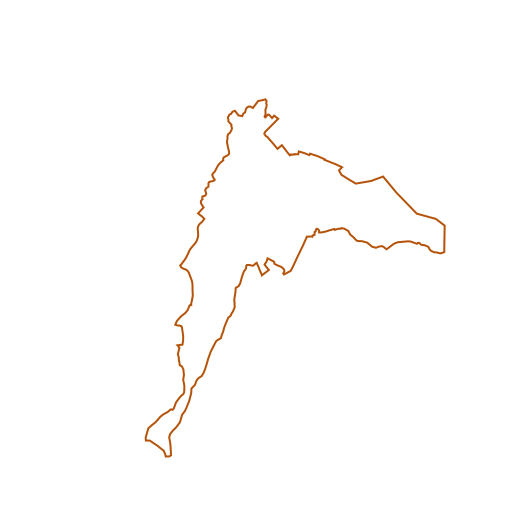 outline of Stei, Bihor, Romania, rotated 63°
{"feature_id": "2599482B13533696934170", "entity_name": "Stei", "entity_type": "district", "adm_level": 2, "iso_a3": "ROU", "parent_name": "Romania", "parent_adm1": "Bihor", "projection": "albers", "projection_center": [22.468, 46.534], "detail": "fine", "context": "isolated", "style": "outline", "palette": "amber", "viewbox_px": 512, "rotation_deg": 63, "n_neighbors": 0, "source": "geoboundaries", "source_scale": "gbopen_adm2", "svg_char_len": 5476}
<svg xmlns="http://www.w3.org/2000/svg" viewBox="0 0 512 512"><g transform="rotate(63 256 256)"><path d="M338.0,86.5L330.6,82.6L326.4,80.4L314.6,74.1L304.6,78.9L291.3,93.5L273.1,99.1L263.4,102.1L242.9,106.7L241.4,119.4L236.8,134.2L230.3,138.3L222.5,143.0L217.4,143.2L216.0,139.0L210.6,143.2L201.4,151.3L201.0,150.9L194.6,156.1L189.4,161.4L190.3,162.7L186.6,165.9L185.8,166.7L182.3,170.4L183.4,171.3L184.5,172.2L184.1,173.0L182.8,175.3L183.1,175.5L182.6,176.5L182.3,176.8L182.3,177.0L182.2,177.6L181.8,178.8L181.4,178.9L181.6,179.5L181.7,180.1L179.7,180.6L176.7,181.2L171.2,182.2L169.0,182.6L170.3,188.2L164.1,189.6L161.2,190.3L158.6,191.0L156.9,191.4L155.1,191.8L153.5,192.8L150.9,193.1L149.7,191.9L143.8,173.9L139.2,176.1L140.4,179.1L136.3,180.1L135.7,180.6L135.5,181.3L136.7,184.8L135.8,185.1L135.2,184.6L134.3,183.3L129.8,181.1L128.4,179.5L126.5,178.0L124.2,177.4L122.7,176.2L120.7,176.5L120.3,178.7L118.9,183.7L122.7,191.6L120.4,193.1L119.4,194.9L119.9,197.3L120.5,198.2L123.1,200.7L123.4,202.7L125.1,204.7L122.8,207.8L117.1,208.8L116.8,211.2L117.0,211.7L117.1,212.3L117.7,213.0L118.1,213.7L117.9,215.2L118.2,215.9L118.8,216.5L119.2,217.5L119.8,218.1L121.9,218.7L123.6,219.5L127.8,218.3L129.2,219.1L131.1,219.3L132.5,220.5L133.9,222.4L134.4,223.2L134.7,224.9L134.9,225.8L135.7,226.4L136.4,227.1L138.5,228.1L139.9,229.3L141.6,230.2L143.4,230.8L148.7,232.2L150.6,232.6L151.9,233.1L152.7,233.6L153.3,234.9L153.4,236.3L153.5,239.9L154.2,241.0L155.9,241.7L156.7,245.3L158.1,248.8L162.0,254.3L163.4,257.9L164.3,258.2L166.3,258.5L167.8,258.4L169.1,258.1L169.8,258.7L169.6,260.6L169.1,262.4L168.8,264.3L169.7,265.4L171.4,266.2L172.6,266.9L172.8,268.1L173.0,269.8L174.4,271.5L176.3,271.7L178.0,272.1L178.8,273.2L179.2,274.2L178.9,275.5L178.6,276.7L180.0,277.6L181.1,277.8L181.4,278.8L182.0,280.1L183.9,281.1L185.7,281.0L187.4,280.8L188.9,280.7L189.3,281.6L189.8,283.0L191.8,288.3L196.6,286.0L199.4,285.2L200.0,286.3L201.1,288.6L201.9,291.7L202.5,293.0L203.2,293.9L204.5,295.1L205.4,295.6L206.8,296.2L209.5,297.3L211.4,298.2L212.7,299.1L214.0,300.3L214.8,301.1L215.6,302.1L216.8,303.9L217.7,305.9L218.1,307.1L219.3,309.8L220.1,311.6L221.6,313.7L222.7,315.0L223.6,316.2L225.0,318.0L226.3,320.0L227.7,322.6L228.5,324.3L229.3,325.7L230.0,327.8L230.9,327.7L231.5,327.9L232.2,327.7L233.3,327.2L234.7,326.1L235.7,325.2L236.6,324.4L237.9,323.8L238.9,323.6L240.0,323.5L241.2,323.6L242.6,323.7L245.5,324.0L248.1,324.3L249.4,324.5L250.8,324.9L252.4,325.5L254.4,326.4L256.9,327.7L259.5,328.9L261.6,329.8L263.4,330.9L265.5,332.5L267.2,333.8L267.9,334.6L269.1,335.4L269.9,335.9L270.3,336.0L269.8,337.5L273.3,341.6L274.7,344.9L275.6,349.7L277.4,354.6L278.3,356.4L280.6,359.1L281.6,358.3L283.1,356.0L284.7,354.3L286.0,354.4L294.2,357.2L298.2,359.3L301.6,361.8L299.9,366.5L301.9,366.1L302.9,365.9L304.9,367.5L308.2,370.3L310.3,370.6L314.6,372.2L317.2,372.9L318.7,373.5L320.8,372.1L324.2,372.2L326.3,373.1L329.1,374.1L331.6,375.9L333.3,377.1L336.3,377.9L339.2,378.8L342.8,380.7L344.7,381.8L346.0,383.4L346.7,386.4L347.8,389.0L349.2,391.9L350.4,394.1L352.3,396.0L354.5,398.5L355.2,400.1L354.0,401.5L354.1,402.5L354.8,404.8L355.0,407.6L355.1,411.2L356.0,414.8L357.2,417.5L358.6,421.4L359.5,425.9L360.6,430.1L364.0,433.3L367.8,436.8L370.4,437.9L372.3,434.4L377.0,431.8L380.8,429.7L385.8,427.5L387.5,426.6L391.3,426.9L393.7,427.4L395.2,424.3L395.0,422.2L388.3,419.2L383.9,417.4L378.2,415.7L375.8,413.6L373.9,409.6L372.5,405.2L370.8,401.6L369.7,399.4L367.2,397.0L363.9,393.9L361.8,389.6L359.6,386.8L357.3,384.2L354.9,381.4L352.1,378.9L348.5,375.8L344.8,373.7L343.1,368.9L340.1,365.7L338.7,362.8L338.3,358.9L336.3,355.7L332.9,351.9L329.6,348.7L326.0,345.4L320.8,339.9L314.7,331.5L313.7,330.0L313.5,328.5L313.4,326.3L313.2,324.3L312.3,323.8L311.4,322.9L310.2,321.6L308.3,319.4L306.0,317.5L304.7,316.1L303.1,314.4L301.6,312.6L298.3,308.6L297.9,306.5L297.4,305.2L296.3,304.2L295.0,301.7L293.0,299.5L292.2,298.4L290.2,297.4L289.1,297.0L287.6,296.1L285.6,295.5L284.2,294.6L278.7,290.6L276.2,289.2L275.2,288.4L275.1,286.5L274.9,285.0L274.1,284.0L273.4,282.7L272.1,281.5L270.4,280.0L268.4,278.2L266.6,276.3L264.5,274.1L263.8,272.8L263.0,271.1L262.3,270.3L260.3,269.1L259.9,268.2L260.1,267.8L261.0,266.0L262.4,264.4L263.2,263.4L263.2,262.5L262.9,261.2L262.3,258.9L262.3,258.5L264.1,258.6L266.3,258.7L271.8,259.2L273.8,259.3L275.9,259.5L275.8,259.2L274.3,250.9L267.6,252.3L267.0,251.5L266.1,249.5L263.4,246.8L265.8,245.0L268.6,242.9L269.5,242.5L270.4,242.8L271.3,243.1L271.8,242.9L274.8,240.5L276.8,238.7L279.4,237.4L281.3,237.2L282.6,237.8L283.9,239.6L285.2,239.4L285.0,231.8L282.3,228.0L275.0,218.7L267.9,209.3L261.9,201.9L262.0,201.8L263.8,197.6L264.4,197.0L263.4,196.1L263.8,194.3L261.7,193.1L261.3,193.0L261.1,191.7L260.6,191.4L259.4,190.1L259.3,189.7L259.8,188.9L261.1,188.3L262.9,188.5L263.6,189.1L264.7,187.1L265.3,184.9L265.9,182.6L266.4,179.3L266.7,177.9L267.5,173.9L268.4,174.0L268.8,172.1L269.3,169.6L270.2,168.3L269.9,167.3L271.6,165.0L273.3,163.9L274.7,163.1L275.4,162.3L278.9,162.4L280.3,162.1L281.5,161.5L283.6,160.6L286.0,160.0L288.2,159.2L289.8,157.0L290.8,155.0L291.7,154.0L294.5,150.9L295.4,150.5L300.5,148.3L302.2,146.3L302.8,145.9L303.1,145.3L303.6,141.4L304.5,139.1L306.3,138.0L309.3,136.6L307.7,127.5L308.1,123.4L310.0,118.7L311.9,114.0L313.1,111.9L318.2,107.0L317.8,105.8L318.3,104.7L320.9,103.7L322.0,102.6L322.5,101.3L325.7,98.5L327.2,98.2L328.2,98.4L330.6,97.8L333.4,95.8L334.1,94.6L334.9,93.4L337.4,90.5L337.9,87.6L338.0,86.5Z" fill="none" stroke="#b45309" stroke-width="2"/></g></svg>